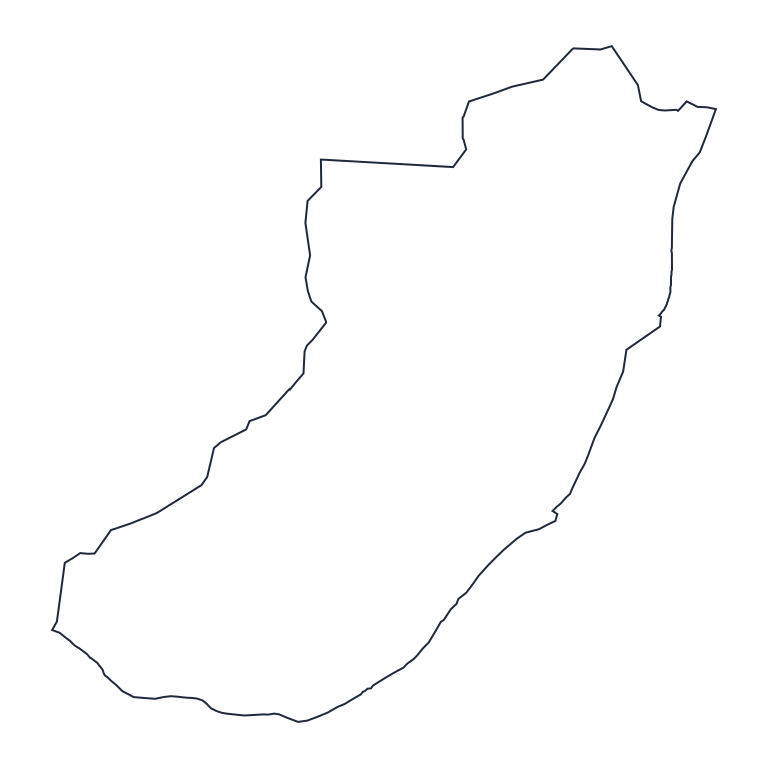 the district of Malem, Kosrae, Federated States of Micronesia
{"feature_id": "79324940B17785704243274", "entity_name": "Malem", "entity_type": "district", "adm_level": 2, "iso_a3": "FSM", "parent_name": "Federated States of Micronesia", "parent_adm1": "Kosrae", "projection": "orthographic", "projection_center": [163.014, 5.285], "detail": "fine", "context": "isolated", "style": "outline", "palette": "slate", "viewbox_px": 768, "rotation_deg": 0, "n_neighbors": 0, "source": "geoboundaries", "source_scale": "gbopen_adm2", "svg_char_len": 3580}
<svg xmlns="http://www.w3.org/2000/svg" viewBox="0 0 768 768"><path d="M320.9,159.6L321.3,186.9L307.6,200.9L305.4,222.9L310.1,255.3L305.5,277.3L307.9,291.2L311.2,301.1L311.4,301.4L311.7,301.9L321.5,310.7L321.9,311.1L325.9,321.3L326.0,321.6L326.0,322.1L326.0,322.5L325.9,322.9L325.6,323.3L312.6,339.8L306.9,345.6L304.6,351.4L303.5,373.4L295.5,382.7L289.9,389.6L289.4,389.1L287.8,390.8L265.7,415.2L249.6,421.1L246.2,429.4L220.9,442.2L214.0,448.0L207.2,477.0L201.5,485.1L156.7,513.1L130.3,523.6L111.0,530.1L110.8,530.4L110.3,531.1L94.6,553.5L88.4,553.8L80.2,553.1L72.5,558.3L64.8,562.8L60.3,596.4L56.9,621.6L52.1,630.0L59.5,632.7L64.8,637.0L70.3,641.1L73.9,644.8L76.2,646.5L79.3,648.3L82.2,650.5L87.3,654.4L89.8,657.5L92.8,659.4L95.0,661.2L97.6,663.1L99.1,665.5L100.6,667.1L102.6,669.7L103.5,672.7L104.8,675.3L107.9,677.6L110.9,680.6L116.3,685.1L122.2,691.0L133.7,697.1L144.5,698.0L155.1,698.8L163.8,697.0L170.9,696.2L177.5,696.7L183.6,697.4L186.8,697.7L191.4,697.9L197.1,698.6L202.5,700.4L206.7,703.8L211.0,708.3L216.9,711.2L222.5,713.0L227.9,713.8L244.4,715.5L263.5,714.4L268.2,714.6L274.3,713.6L279.0,714.3L286.9,717.7L298.1,721.9L307.3,720.6L316.7,717.1L327.7,712.6L337.4,707.0L345.0,703.8L349.2,701.2L354.6,698.0L361.0,694.3L362.8,691.9L365.2,690.8L367.5,688.7L370.9,688.4L373.2,685.4L375.3,684.1L379.9,681.2L386.9,676.9L392.7,673.5L398.6,670.2L403.3,667.8L407.3,663.6L413.7,659.0L417.1,655.5L422.6,648.7L428.8,642.4L435.9,630.5L440.8,621.9L443.8,619.9L451.0,609.0L456.6,603.8L458.3,599.0L466.2,592.8L473.2,583.6L478.6,575.8L487.9,565.5L492.9,560.4L497.1,556.2L504.2,549.4L516.7,538.8L525.3,532.8L539.0,529.2L546.4,525.2L555.4,520.9L557.3,514.1L552.6,511.0L556.5,507.0L560.9,503.4L566.1,497.4L570.0,493.9L572.4,488.1L575.2,482.2L579.8,472.5L584.5,464.2L587.1,458.0L588.6,454.0L594.5,438.0L600.9,425.3L608.5,409.0L613.2,398.5L616.4,387.5L623.0,371.9L623.2,371.2L624.6,362.1L626.4,349.8L639.2,340.9L649.6,333.7L660.0,326.5L661.0,316.8L658.9,315.5L659.7,314.8L660.1,314.3L660.8,313.6L661.1,313.3L661.2,313.0L661.7,312.2L662.2,311.6L662.7,311.0L663.3,310.4L663.9,309.8L664.4,309.1L664.6,308.7L664.8,308.2L665.1,307.5L665.5,306.8L665.8,306.3L666.0,305.9L666.3,305.2L666.7,304.4L666.9,304.0L666.9,303.7L667.0,303.0L667.2,302.4L667.6,301.7L667.9,301.0L668.0,300.6L668.1,300.2L668.2,299.5L668.3,298.9L668.6,298.2L669.0,297.5L669.2,297.1L669.2,296.7L669.3,296.0L669.5,295.4L669.6,294.7L669.8,294.1L669.9,293.5L670.2,292.9L670.3,292.4L670.4,292.1L670.4,291.4L670.4,290.9L670.4,287.4L670.4,286.7L670.6,286.1L670.9,285.4L671.0,284.7L671.0,284.2L671.0,283.5L671.0,277.2L671.0,276.5L671.1,276.1L671.3,275.5L671.4,275.0L671.5,274.7L671.5,274.0L671.5,273.5L671.5,272.3L671.5,271.6L671.7,271.0L671.9,270.4L672.0,269.7L672.0,269.1L672.0,268.5L671.9,253.4L671.9,252.9L671.7,252.4L671.5,251.9L671.5,251.4L671.5,250.8L671.4,250.3L671.5,249.6L671.6,249.0L671.8,248.3L671.9,247.7L671.9,247.1L671.9,246.5L671.9,244.4L672.3,218.6L673.7,206.8L680.2,183.6L692.3,161.3L699.8,152.3L705.9,136.7L715.9,109.1L707.6,107.4L706.2,107.3L705.4,107.2L699.9,107.0L697.6,106.9L686.7,101.4L678.0,110.9L676.6,109.8L664.9,110.5L658.8,110.0L652.8,107.6L645.9,103.9L641.1,101.2L637.9,85.0L634.9,80.6L611.7,46.1L600.8,49.4L599.7,49.6L599.2,49.4L598.8,49.4L574.0,48.4L573.7,48.4L573.2,48.5L572.8,48.8L572.5,49.0L543.4,79.3L543.1,79.5L542.6,79.7L512.0,86.7L492.5,93.8L480.8,97.6L469.0,101.5L463.7,116.4L463.4,116.6L463.1,116.9L462.9,117.2L462.7,117.7L462.6,118.2L462.7,137.9L462.8,138.4L462.9,138.8L463.2,139.2L463.6,139.6L466.2,149.4L453.1,167.1L325.5,159.8L320.9,159.6Z" fill="none" stroke="#1e293b" stroke-width="2"/></svg>